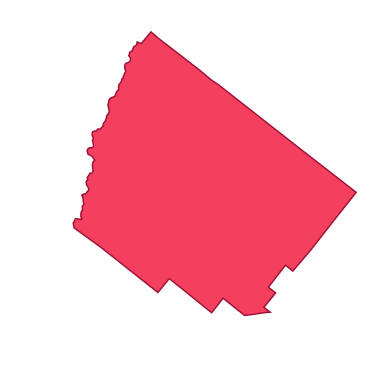 Tulare, California, United States of America, rotated 218°
{"feature_id": "52423323B44496470224494", "entity_name": "Tulare", "entity_type": "district", "adm_level": 2, "iso_a3": "USA", "parent_name": "United States of America", "parent_adm1": "California", "projection": "mercator", "projection_center": [-118.363, 36.267], "detail": "fine", "context": "isolated", "style": "filled", "palette": "rose", "viewbox_px": 384, "rotation_deg": 218, "n_neighbors": 0, "source": "geoboundaries", "source_scale": "gbopen_adm2", "svg_char_len": 1795}
<svg xmlns="http://www.w3.org/2000/svg" viewBox="0 0 384 384"><g transform="rotate(218 192 192)"><path d="M262.9,91.1L229.8,92.3L157.0,91.8L156.6,109.7L139.0,109.6L124.3,109.3L102.2,109.0L102.1,127.4L74.6,127.1L70.6,131.0L61.0,141.1L56.4,145.4L64.3,145.4L64.0,163.9L73.2,164.0L73.3,185.8L73.2,191.9L63.9,191.7L62.7,219.5L62.7,237.9L62.7,256.3L62.4,292.8L144.9,292.6L187.4,292.7L237.9,292.8L245.2,292.2L260.3,292.7L291.0,292.6L312.8,292.4L322.9,292.9L323.4,277.5L327.6,276.5L326.2,273.9L327.3,270.5L326.0,266.3L327.1,264.0L325.7,260.4L323.1,259.9L321.2,256.8L322.6,253.3L322.9,253.3L323.4,252.7L323.1,250.7L320.8,247.7L318.6,246.7L318.2,244.5L317.7,242.3L317.5,241.3L316.5,239.4L316.9,238.1L316.1,236.8L315.6,234.1L315.7,231.8L314.5,229.4L312.9,228.0L313.1,224.8L312.2,221.5L311.8,219.4L313.2,217.5L314.2,215.1L314.0,213.1L312.9,211.3L311.7,208.7L310.1,207.4L308.5,206.1L306.9,204.6L306.0,201.8L306.3,199.9L305.1,197.7L304.2,195.3L303.9,191.0L302.6,189.1L303.0,187.3L302.9,185.1L304.8,183.9L305.1,180.7L306.5,179.9L307.3,178.3L307.0,177.0L305.4,175.0L303.3,174.1L302.2,171.4L300.0,169.5L298.1,167.9L297.5,166.7L298.5,164.8L300.0,163.8L300.6,161.9L299.9,159.7L298.4,158.8L297.8,158.0L295.9,157.9L294.5,158.5L292.3,158.4L289.6,157.6L288.2,157.4L288.2,156.4L288.6,155.3L287.7,152.8L286.0,150.7L284.1,148.8L282.6,147.3L282.6,145.3L284.0,143.9L283.6,142.2L283.6,140.3L283.2,138.4L282.1,138.1L281.6,137.0L281.9,135.9L281.4,134.5L279.5,132.7L277.3,132.0L274.7,130.4L274.5,128.9L274.9,127.7L274.5,126.3L275.1,124.4L276.3,123.7L276.8,121.5L275.3,121.1L273.4,119.4L271.7,117.4L269.6,115.9L269.8,113.4L268.4,111.6L267.5,110.8L266.8,109.6L267.1,109.0L267.3,108.7L266.1,106.4L264.4,104.2L262.0,102.8L261.9,102.4L267.3,99.4L266.5,94.4L262.9,91.1Z" fill="#f43f5e" stroke="#9f1239" stroke-width="1.5"/></g></svg>